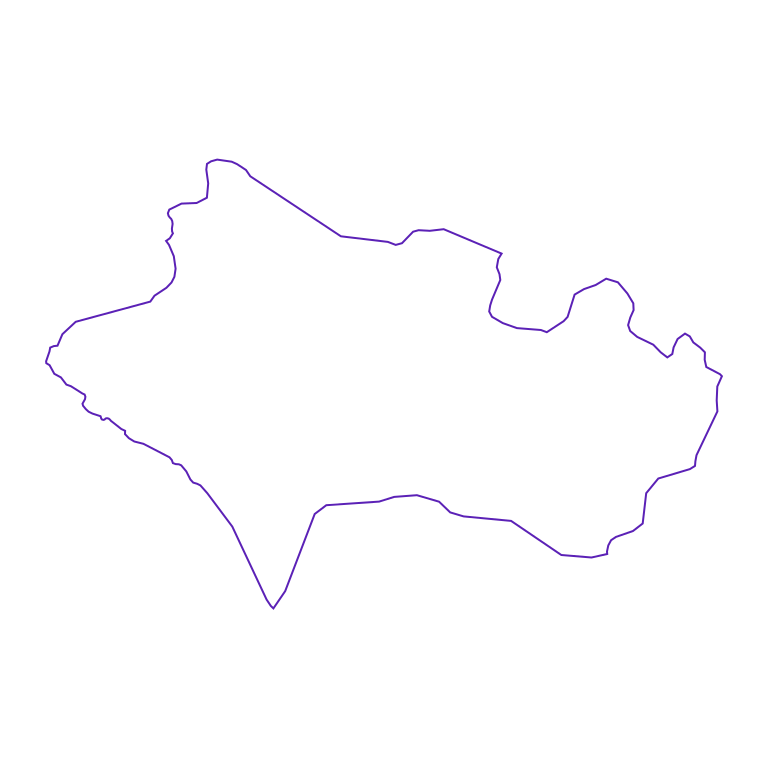 Lorestan, Albers equal-area conic projection
{"feature_id": "IRN-3220", "entity_name": "Lorestan", "entity_type": "Province", "adm_level": 1, "iso_a3": "IRN", "parent_name": "Iran", "parent_adm1": "", "projection": "albers", "projection_center": [48.245, 33.479], "detail": "fine", "context": "isolated", "style": "outline", "palette": "violet", "viewbox_px": 768, "rotation_deg": 0, "n_neighbors": 0, "source": "natural_earth", "source_scale": "10m", "svg_char_len": 2097}
<svg xmlns="http://www.w3.org/2000/svg" viewBox="0 0 768 768"><path d="M721.9,376.2L717.3,386.5L716.7,400.4L717.4,411.4L696.5,455.2L695.4,461.2L695.0,465.9L689.9,469.1L658.3,478.5L646.2,493.2L642.7,523.5L633.0,531.0L616.0,536.9L611.1,540.2L608.3,545.4L607.0,551.5L607.2,554.0L591.5,557.5L561.3,555.0L511.1,520.9L463.6,516.4L450.2,512.4L439.1,501.7L416.9,495.2L394.2,496.9L379.1,501.6L326.3,505.2L314.7,514.0L285.2,591.1L273.4,608.4L270.8,605.9L266.6,599.6L232.3,526.6L207.3,493.2L200.4,485.4L197.2,483.8L193.2,482.6L190.4,479.5L186.3,471.4L181.2,465.3L178.9,464.3L175.7,464.1L172.9,463.1L171.8,460.0L169.5,457.3L143.4,443.8L134.3,441.5L128.9,438.2L125.0,434.1L125.1,430.8L121.3,429.0L110.9,420.8L109.9,419.6L108.7,418.6L107.0,418.2L105.6,418.5L104.5,419.6L103.3,419.9L101.8,419.4L101.1,418.2L100.8,416.9L100.5,416.2L92.5,413.6L88.6,411.7L85.9,409.2L83.1,405.8L82.5,403.7L85.0,399.2L85.4,396.7L84.6,394.5L82.4,393.5L70.9,386.2L66.4,384.6L60.9,377.4L54.3,373.8L49.6,365.2L46.3,363.2L46.1,361.3L49.5,351.4L50.2,347.6L53.8,346.1L57.5,345.7L62.4,334.2L75.7,321.8L150.3,301.6L154.5,295.7L166.4,287.8L171.5,282.5L174.4,276.8L175.6,268.7L173.8,256.2L169.0,244.9L166.1,240.9L169.8,238.3L172.9,233.4L172.1,231.4L171.9,228.7L172.6,223.9L172.2,221.0L171.2,218.9L169.7,217.4L168.5,215.7L167.9,213.2L169.3,209.6L181.5,203.6L196.6,203.0L206.9,197.7L208.2,183.4L206.3,169.6L207.0,163.9L211.1,161.3L217.2,159.6L231.7,161.7L237.0,164.1L246.0,170.0L250.3,176.3L340.9,236.3L387.9,241.9L395.7,244.9L402.0,243.2L413.1,231.7L418.6,230.2L429.8,230.8L443.7,229.2L501.6,253.6L498.3,259.0L496.8,267.3L499.5,274.2L500.3,280.0L492.0,299.7L490.2,305.4L489.2,311.5L492.0,316.8L502.8,323.1L516.9,328.1L540.9,330.0L546.8,332.2L563.6,321.2L567.6,316.9L574.6,294.6L584.0,289.1L595.7,285.0L606.2,278.7L617.9,282.3L627.4,293.5L633.3,303.3L633.6,310.1L630.3,317.5L628.1,325.1L630.2,331.0L637.2,336.9L653.3,344.7L660.7,352.3L667.3,357.4L672.3,354.0L673.6,347.4L677.6,339.0L685.0,333.6L689.8,336.4L693.3,342.4L700.2,347.6L704.9,352.3L704.7,359.8L706.3,367.0L720.0,374.2L721.9,376.2Z" fill="none" stroke="#5b21b6" stroke-width="2"/></svg>